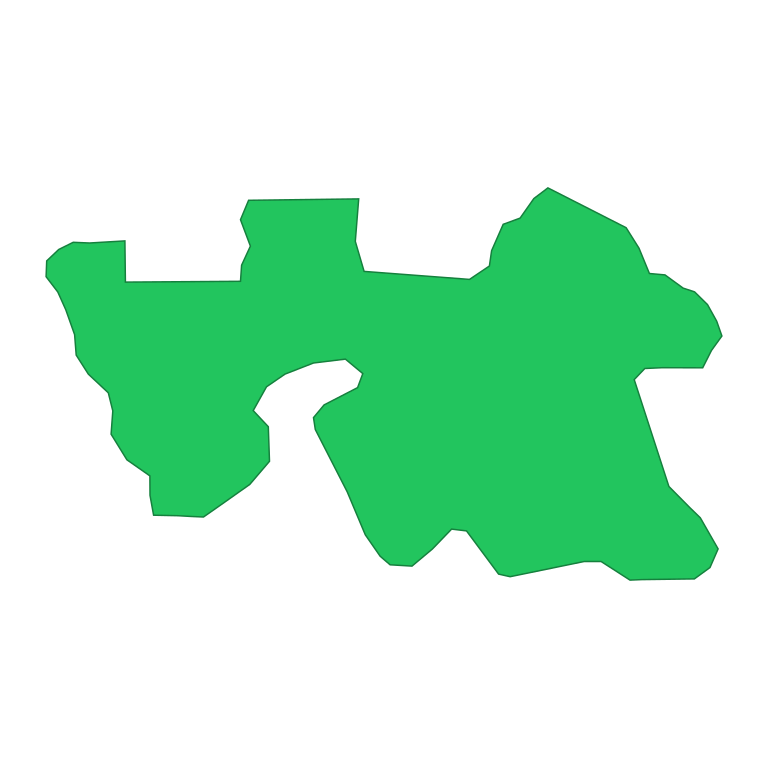 the district of Muçum, Rio Grande do Sul, Brazil
{"feature_id": "56859067B23552766420682", "entity_name": "Muçum", "entity_type": "district", "adm_level": 2, "iso_a3": "BRA", "parent_name": "Brazil", "parent_adm1": "Rio Grande do Sul", "projection": "albers", "projection_center": [-51.824, -29.14], "detail": "fine", "context": "isolated", "style": "filled", "palette": "green", "viewbox_px": 768, "rotation_deg": 0, "n_neighbors": 0, "source": "geoboundaries", "source_scale": "gbopen_adm2", "svg_char_len": 1154}
<svg xmlns="http://www.w3.org/2000/svg" viewBox="0 0 768 768"><path d="M108.3,392.8L112.8,410.9L111.1,434.2L126.9,459.8L149.9,475.9L150.0,495.3L153.6,515.2L177.8,515.7L191.8,516.5L203.5,517.0L219.5,505.8L249.8,484.4L269.5,461.3L268.3,426.7L253.2,410.6L266.5,386.8L285.0,374.1L313.5,363.0L345.4,359.1L362.8,373.6L357.6,387.6L324.1,404.9L313.5,417.6L315.3,429.5L347.2,491.8L365.3,534.8L380.2,556.3L390.1,564.8L412.0,566.1L432.4,549.0L451.6,529.1L466.5,530.9L498.6,574.1L510.1,576.7L584.2,561.5L601.1,561.5L630.0,580.1L641.8,579.6L694.4,578.9L710.0,567.5L718.1,548.9L700.3,517.8L689.9,507.7L668.9,486.5L634.2,379.6L644.8,368.5L662.2,367.7L702.7,367.8L711.5,350.4L721.9,336.0L716.7,321.2L707.5,304.6L694.6,291.9L683.1,288.1L665.0,274.9L649.4,273.5L639.0,248.2L626.1,227.7L547.9,187.9L533.9,198.5L520.1,218.1L503.2,224.3L491.6,250.7L489.4,266.0L469.5,279.4L364.1,271.4L355.3,241.4L358.7,198.9L248.6,200.3L240.5,219.7L250.4,246.1L241.6,265.2L240.5,281.3L125.4,282.1L124.9,240.9L89.5,243.0L73.2,242.3L58.7,249.5L46.7,260.9L46.1,276.7L57.8,292.0L65.8,309.8L74.6,334.6L76.2,355.1L88.4,374.2L108.3,392.8Z" fill="#22c55e" stroke="#15803d" stroke-width="1.5"/></svg>